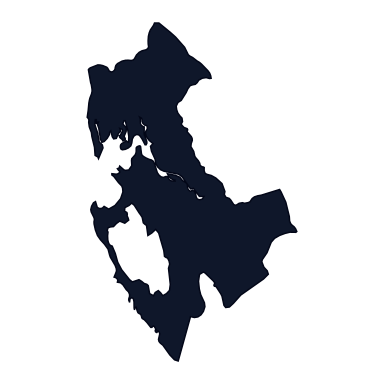 SVG path tracing the border of Darién
{"feature_id": "PAN-1418", "entity_name": "Darién", "entity_type": "Province", "adm_level": 1, "iso_a3": "PAN", "parent_name": "Panama", "parent_adm1": "", "projection": "robinson", "projection_center": [-78.04, 8.154], "detail": "fine", "context": "isolated", "style": "filled", "palette": "ink", "viewbox_px": 384, "rotation_deg": 0, "n_neighbors": 0, "source": "natural_earth", "source_scale": "10m", "svg_char_len": 6020}
<svg xmlns="http://www.w3.org/2000/svg" viewBox="0 0 384 384"><path d="M279.6,189.5L281.1,192.0L285.8,202.2L289.3,216.5L289.6,221.0L290.7,223.7L292.2,225.3L294.0,226.7L295.5,228.6L296.8,231.5L295.9,232.3L289.9,232.2L285.0,233.4L279.6,235.4L274.6,238.3L271.2,242.2L267.0,252.7L262.3,259.6L261.8,261.8L263.9,267.2L267.2,270.8L268.3,274.2L263.5,279.0L240.8,295.0L233.4,303.3L229.4,307.0L225.7,307.5L224.0,305.4L222.0,296.2L220.8,293.8L216.3,286.9L215.9,286.5L214.5,286.2L214.0,285.7L214.0,285.0L214.8,282.9L213.2,280.8L205.1,273.0L203.4,272.0L199.5,274.4L198.5,281.2L199.3,289.0L200.7,294.7L204.4,302.7L204.9,306.7L203.4,311.4L201.0,314.8L197.9,316.9L194.4,317.5L190.5,316.6L178.2,361.0L174.5,359.8L169.9,355.0L162.9,345.2L160.3,343.1L159.0,341.5L158.5,339.4L159.8,333.7L159.0,331.8L158.1,331.0L156.8,332.5L155.6,331.9L155.2,330.8L155.5,329.8L156.3,329.9L154.3,326.5L153.3,325.9L151.8,327.4L150.8,327.4L146.8,322.3L144.3,319.7L142.4,318.6L141.8,317.8L141.4,316.0L140.7,314.3L139.1,313.5L138.0,312.7L137.2,310.8L136.2,307.2L135.2,307.2L134.5,309.9L134.1,308.1L134.0,301.7L133.2,298.4L131.5,297.7L129.9,299.1L129.6,302.4L128.7,300.0L128.9,298.3L129.5,296.7L129.6,294.6L128.9,292.7L128.3,291.6L126.3,289.7L122.9,284.7L120.5,282.7L117.4,282.2L117.8,280.2L117.1,278.7L115.7,277.6L114.1,277.1L115.6,273.5L116.5,271.0L116.3,268.6L115.2,265.5L110.3,257.1L109.6,255.0L108.1,249.2L104.5,244.2L100.5,239.8L97.5,235.5L95.4,229.9L94.1,224.0L94.0,221.8L94.4,219.7L94.1,217.8L91.2,211.9L90.8,209.6L91.6,206.2L93.5,202.8L95.5,201.6L97.3,207.5L99.7,208.6L102.3,208.2L104.1,206.4L108.7,209.1L115.0,205.5L120.6,198.7L122.9,192.0L122.6,188.3L121.8,186.0L118.5,182.6L113.8,176.4L111.9,175.0L111.9,173.7L116.3,174.2L117.7,173.9L119.7,172.5L119.7,171.2L118.8,170.6L117.4,168.7L119.1,168.0L119.7,166.1L124.0,169.9L125.5,170.4L129.1,169.9L129.3,169.2L131.8,165.6L131.5,160.5L131.8,158.6L135.2,154.8L135.9,153.1L136.2,151.5L136.2,147.9L136.9,146.9L138.4,146.1L139.9,145.8L140.6,146.6L141.4,153.3L141.8,154.8L143.4,156.4L146.1,158.0L149.0,159.3L151.3,159.9L153.1,161.1L154.5,163.8L157.3,172.6L158.9,175.0L161.0,176.8L163.4,177.4L165.9,176.5L167.6,176.6L168.9,179.2L170.0,180.2L171.4,180.9L172.9,181.2L175.1,181.2L175.1,180.1L172.6,179.5L170.3,178.0L168.5,175.9L167.4,173.7L175.5,175.4L179.8,177.2L182.6,180.7L186.4,183.1L187.3,184.4L187.5,187.1L188.0,189.1L189.0,190.4L190.6,191.4L192.4,190.2L194.2,191.4L195.6,193.9L196.2,197.0L197.3,199.1L199.8,199.8L202.4,199.0L203.9,196.4L199.4,196.4L193.4,188.3L190.6,188.9L182.3,177.0L180.7,175.6L178.3,174.1L163.9,171.2L160.4,169.6L157.6,166.9L155.7,163.4L155.1,159.2L151.5,151.2L150.5,146.3L153.0,143.6L149.3,140.5L147.5,138.3L146.1,135.9L145.4,132.9L145.9,131.1L146.8,129.9L147.3,128.4L147.1,126.1L146.2,125.5L144.7,125.1L142.9,123.4L142.1,121.3L142.0,119.5L141.5,118.1L139.6,117.1L140.3,118.8L140.4,123.4L141.2,125.2L143.4,126.8L144.2,126.9L144.1,133.6L144.4,135.2L146.7,141.1L146.9,143.1L146.1,144.8L145.1,144.8L142.1,139.0L140.1,136.1L138.5,134.7L136.0,134.6L133.8,136.2L132.3,139.1L131.8,142.9L130.8,145.8L128.4,147.9L125.4,149.3L122.4,149.8L121.1,149.2L120.5,147.8L120.4,146.1L120.7,144.8L121.7,143.6L126.4,140.9L127.4,141.8L128.6,142.3L128.8,136.3L127.9,130.7L125.2,120.7L124.0,120.7L122.9,123.4L123.7,125.0L125.2,126.5L126.4,128.4L126.1,131.6L124.1,136.4L125.2,138.4L125.2,139.8L122.9,140.9L122.2,139.5L120.3,138.0L119.7,137.3L119.2,135.7L120.1,135.5L122.5,131.1L122.3,129.4L119.7,128.4L120.5,130.7L120.2,131.8L119.3,132.4L118.5,133.4L116.3,138.4L113.7,138.9L112.3,136.8L110.8,130.9L109.6,132.3L109.4,134.6L107.2,138.3L104.2,141.5L101.9,142.3L100.5,139.2L98.8,128.3L97.5,124.6L98.5,122.1L97.5,122.1L97.5,123.4L96.3,123.4L96.3,119.6L95.3,119.6L94.7,124.1L97.7,133.2L99.2,142.0L102.3,144.9L103.0,147.9L98.5,158.6L97.9,157.0L95.1,155.4L94.5,147.3L91.9,136.6L91.4,132.5L89.3,126.9L88.7,122.3L88.9,119.9L88.3,118.5L87.2,117.3L88.2,110.4L88.9,102.9L89.4,100.2L89.9,98.1L91.5,94.0L92.1,91.2L92.0,89.0L91.3,84.6L90.7,82.8L88.4,69.7L89.2,68.6L90.4,67.8L97.8,64.9L100.1,65.0L102.8,65.6L106.7,67.2L107.7,68.2L109.3,71.1L111.4,72.0L112.9,71.6L114.4,70.3L115.1,68.8L115.3,67.2L115.9,65.4L117.5,63.6L122.1,61.1L125.5,60.3L128.2,60.2L131.3,60.5L133.1,60.0L134.3,59.0L136.5,55.0L139.2,52.3L142.0,50.8L146.0,49.8L147.8,48.6L148.6,46.8L148.2,44.1L148.1,40.8L148.4,36.3L149.2,32.9L150.3,30.1L153.6,25.2L154.5,23.0L158.9,23.0L170.7,32.7L175.6,37.1L184.6,47.3L188.3,54.8L189.9,56.1L192.6,57.5L197.1,61.0L199.5,62.4L201.5,64.1L207.9,70.7L209.7,73.2L210.7,75.8L211.1,78.3L209.6,78.5L206.2,77.6L202.3,78.2L198.7,80.2L197.2,82.6L195.3,84.3L192.7,84.8L190.2,85.6L187.9,88.7L186.1,92.6L181.2,100.4L178.0,102.4L176.2,106.1L176.7,109.8L177.8,113.0L179.8,115.8L182.0,118.1L182.5,121.6L181.4,123.7L181.5,124.5L181.9,125.2L183.9,127.4L187.2,128.7L187.7,129.9L187.2,130.8L187.2,131.8L191.3,136.6L192.1,138.3L192.3,140.4L191.2,143.6L190.9,146.6L193.7,151.4L194.8,156.3L195.8,157.8L198.3,160.7L199.8,163.3L199.7,164.3L200.8,166.0L202.4,166.9L203.4,167.0L204.2,167.5L204.1,170.3L204.8,172.9L206.5,174.2L211.3,175.5L215.8,178.0L222.0,183.6L224.9,191.5L224.3,194.5L225.9,197.3L229.2,198.4L230.7,200.0L233.8,204.7L236.0,205.3L239.1,203.3L242.5,202.7L244.5,203.3L248.2,202.6L250.0,201.8L252.2,198.5L254.4,196.9L257.7,195.8L261.2,195.2L279.6,189.5ZM147.9,235.5L146.5,225.4L144.9,224.3L143.3,222.8L142.2,217.4L140.7,215.0L139.2,213.0L134.3,205.3L131.7,203.1L129.0,205.5L124.9,207.6L124.5,211.1L126.9,212.5L127.3,214.1L127.1,215.8L128.1,218.0L128.7,220.1L124.8,223.2L119.7,221.1L116.4,223.5L113.5,226.6L110.6,226.9L108.1,227.7L107.2,230.4L108.0,232.1L107.6,235.8L107.8,240.0L108.4,242.4L109.4,244.6L111.0,245.7L112.2,246.1L115.3,253.5L117.7,262.2L121.7,269.8L129.5,279.6L132.3,281.9L139.0,279.7L141.7,281.4L144.2,283.5L146.8,284.3L148.2,285.6L149.6,293.6L153.5,295.7L155.2,292.5L158.3,290.6L160.6,292.8L162.8,295.7L166.5,293.6L169.5,290.4L170.3,284.4L168.5,268.3L169.7,264.1L169.0,260.9L167.6,258.1L166.1,257.5L164.5,256.4L163.8,250.6L158.7,233.0L155.7,229.4L151.8,233.0L147.9,235.5Z" fill="#0f172a" stroke="#020617" stroke-width="1.5"/></svg>